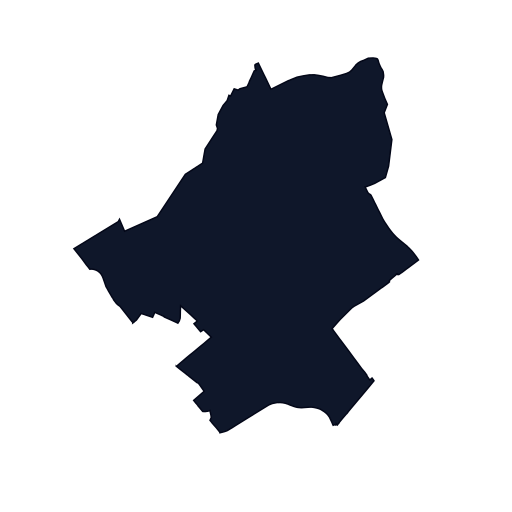 outline of Drimmelen, Noord-Brabant, Netherlands, rotated 344°
{"feature_id": "6326949B3496624998105", "entity_name": "Drimmelen", "entity_type": "district", "adm_level": 2, "iso_a3": "NLD", "parent_name": "Netherlands", "parent_adm1": "Noord-Brabant", "projection": "mercator", "projection_center": [4.754, 51.698], "detail": "fine", "context": "isolated", "style": "filled", "palette": "ink", "viewbox_px": 512, "rotation_deg": 344, "n_neighbors": 0, "source": "geoboundaries", "source_scale": "gbopen_adm2", "svg_char_len": 5710}
<svg xmlns="http://www.w3.org/2000/svg" viewBox="0 0 512 512"><g transform="rotate(344 256 256)"><path d="M83.0,198.8L87.8,210.4L90.5,217.8L90.9,218.7L91.6,220.3L92.6,222.9L92.8,222.9L94.2,223.2L95.7,223.8L96.6,224.3L97.4,224.8L97.9,225.1L98.2,225.4L98.8,225.9L99.4,226.4L99.7,226.7L100.2,227.4L101.2,228.8L101.5,229.4L101.8,230.0L102.0,230.4L102.4,231.8L102.6,232.5L102.7,233.2L102.8,233.9L102.9,234.6L103.2,239.8L103.2,239.7L103.4,244.1L104.0,246.4L104.5,248.8L105.7,253.4L106.3,255.9L107.3,258.5L107.0,258.7L108.5,262.5L108.7,263.1L109.0,263.6L109.4,264.2L109.8,264.9L111.4,266.9L112.4,269.3L116.9,280.4L118.7,284.8L118.8,284.8L119.3,286.2L119.2,286.4L119.8,286.2L119.7,286.1L123.2,284.7L123.4,284.6L129.8,279.6L139.7,286.4L142.6,283.0L143.2,282.2L145.4,284.1L146.5,285.0L151.3,289.1L151.1,289.4L156.5,293.9L160.8,297.6L161.1,297.8L161.7,298.4L161.8,298.3L162.4,299.0L164.2,297.4L164.4,297.2L164.6,296.9L165.6,295.4L165.8,295.1L166.0,294.7L167.0,291.7L168.1,288.1L169.8,283.0L176.4,293.5L179.8,299.2L181.8,302.3L177.7,304.0L181.9,313.5L185.3,312.4L190.7,321.7L185.8,323.9L181.5,325.9L178.6,327.1L174.5,328.9L171.6,330.2L167.9,331.8L165.2,332.9L161.1,334.7L149.2,340.1L149.3,340.2L149.2,340.2L149.3,340.5L149.3,340.4L150.1,341.5L152.0,344.2L155.6,349.1L157.1,351.3L157.3,351.5L157.5,351.7L157.9,352.3L158.6,353.4L159.7,354.9L163.7,360.5L164.6,361.7L164.7,361.8L165.5,362.1L165.6,362.3L165.7,362.7L165.8,363.0L166.3,364.3L168.9,371.8L165.8,373.2L156.3,377.6L157.7,381.0L157.8,381.0L159.2,384.3L159.1,384.5L159.3,384.9L159.6,385.4L161.9,390.7L162.6,391.0L163.3,391.2L164.1,391.5L164.8,391.6L165.5,391.7L166.9,391.9L167.7,391.9L168.4,391.9L169.1,391.8L168.8,396.8L168.5,398.9L166.5,401.3L166.9,402.2L167.0,402.3L167.3,403.1L168.0,404.9L168.6,406.1L168.9,406.8L170.4,409.9L172.7,415.4L172.6,415.7L172.6,416.0L176.2,416.1L177.8,416.1L179.6,416.0L180.4,415.9L181.5,415.6L186.7,414.2L190.0,413.2L196.0,411.5L203.7,409.3L208.8,407.9L210.7,407.3L222.9,403.9L226.5,402.9L227.2,402.7L228.0,402.6L229.0,402.5L229.8,402.4L230.7,402.3L232.7,402.4L233.5,402.5L235.0,402.6L235.7,402.7L236.3,402.8L237.6,403.2L238.8,403.5L240.1,404.0L240.9,404.3L241.4,404.5L242.7,405.2L243.2,405.4L244.0,405.9L244.7,406.4L245.8,407.1L247.6,408.6L249.7,410.1L250.6,410.8L252.6,412.1L253.7,412.7L254.5,413.1L255.5,413.5L256.6,413.9L257.3,414.2L258.4,414.5L259.9,414.8L265.6,416.0L266.4,416.2L268.1,416.7L270.1,417.6L271.4,418.3L272.5,418.9L274.1,419.9L275.2,420.7L276.2,421.6L277.5,423.1L278.5,424.2L279.7,425.8L280.9,427.8L281.1,428.2L282.0,430.6L282.2,431.3L283.1,436.8L283.4,439.6L283.5,440.0L284.8,439.7L285.1,440.0L285.3,440.0L285.9,440.4L286.5,440.3L286.9,439.3L287.2,440.0L287.1,440.3L287.4,440.8L287.5,440.7L287.7,440.8L289.3,439.6L289.5,439.5L289.7,439.4L289.8,439.4L289.9,439.2L290.0,439.0L294.8,435.7L299.2,432.8L299.9,432.5L301.3,431.5L301.4,431.3L305.5,428.5L325.7,414.9L335.0,408.5L334.8,407.7L333.9,405.3L331.3,406.5L331.1,406.3L329.6,401.9L329.7,401.6L329.7,401.4L329.7,401.1L328.7,398.3L328.5,397.7L326.6,393.5L326.4,393.0L324.2,387.0L323.7,385.7L321.8,380.7L319.2,373.6L318.4,371.5L317.5,369.1L313.9,359.7L313.7,359.3L313.4,358.5L311.6,353.6L310.7,351.2L310.3,350.1L309.8,348.8L309.8,348.6L309.1,346.8L317.2,341.6L319.6,340.1L331.4,333.6L333.8,332.3L336.6,331.3L347.0,328.9L354.8,326.0L356.4,325.4L360.5,323.9L368.8,320.8L368.8,320.7L368.9,320.9L376.3,318.1L376.6,317.9L377.2,317.6L377.1,317.2L377.2,316.8L377.2,316.6L377.3,316.5L377.4,316.4L377.7,316.2L378.6,315.8L379.9,315.1L384.2,313.2L384.6,313.0L385.1,312.7L385.6,312.3L386.1,311.8L386.9,312.0L386.6,312.7L388.1,313.2L389.3,312.8L390.4,312.4L391.5,312.1L394.9,310.8L397.1,309.9L399.4,309.1L401.7,308.2L405.7,306.7L411.1,304.6L409.9,300.9L409.2,299.1L408.5,297.3L407.8,295.6L406.9,293.6L406.5,292.9L405.4,290.8L404.4,289.2L403.8,288.0L402.1,285.6L399.2,281.4L398.9,281.0L397.0,278.1L396.0,276.5L395.5,275.5L395.0,274.6L393.7,272.0L392.7,269.6L392.0,267.8L391.1,265.4L390.6,263.7L390.5,263.4L390.2,262.6L390.0,261.8L389.3,259.8L388.7,257.7L388.4,256.5L388.1,255.4L387.9,254.3L387.5,252.1L387.0,249.2L386.8,248.2L386.1,244.8L385.7,242.4L385.4,240.8L385.3,240.0L385.1,239.1L384.6,236.6L384.5,235.8L384.1,233.5L383.6,230.9L383.4,229.8L383.3,229.6L383.3,229.3L383.2,229.1L383.1,228.9L382.9,228.5L382.4,228.0L382.0,227.6L381.7,227.2L381.0,225.9L379.9,219.7L381.6,219.7L385.7,219.4L390.1,218.9L394.5,217.9L396.0,217.6L402.0,216.2L408.2,206.2L418.7,181.5L418.7,175.5L418.7,163.5L418.7,158.5L418.7,155.9L418.7,153.6L423.4,147.4L424.1,146.5L423.2,139.8L423.0,137.1L422.7,133.3L422.6,131.3L422.8,129.7L423.3,127.8L423.9,126.3L425.3,123.8L427.2,120.5L427.9,119.3L428.5,117.4L428.8,115.3L429.0,113.7L428.6,111.5L428.0,109.6L427.6,107.2L427.3,104.7L427.3,102.3L427.3,101.3L427.0,100.0L426.0,99.2L424.9,98.7L423.1,97.9L418.4,96.8L413.6,97.6L410.3,97.8L407.4,98.6L404.8,99.8L404.1,100.4L399.3,103.7L396.6,105.0L393.3,105.5L387.3,105.6L377.7,105.4L374.2,104.2L370.0,101.7L365.6,99.5L362.0,97.9L357.1,96.6L351.3,95.9L344.8,95.4L335.3,96.4L324.4,98.4L317.3,99.7L316.3,99.8L314.3,87.7L313.6,84.0L311.4,71.2L310.7,71.3L308.9,71.5L308.4,71.6L308.0,71.8L307.9,72.0L307.6,72.1L307.5,72.4L307.4,72.9L307.1,74.4L307.0,75.3L307.0,76.0L307.2,76.8L307.3,77.4L307.7,78.2L307.4,77.9L307.1,77.7L306.7,77.5L306.2,77.4L305.9,77.5L305.5,77.6L305.2,77.7L305.2,77.8L304.6,78.4L300.6,83.2L297.9,86.2L297.4,87.0L296.8,87.8L295.1,89.7L294.3,90.6L294.2,90.7L293.9,90.8L293.6,90.9L287.6,90.8L286.6,90.8L284.8,91.5L284.6,91.6L281.1,89.3L275.6,95.3L274.3,94.1L271.1,98.7L265.9,102.2L258.7,109.6L254.0,119.1L254.2,122.7L253.1,124.8L247.5,129.6L236.6,139.1L233.4,145.6L230.3,152.0L210.6,158.0L171.9,191.0L136.5,196.0L134.9,183.1L133.1,185.0L83.0,198.8Z" fill="#0f172a" stroke="#020617" stroke-width="1.5"/></g></svg>